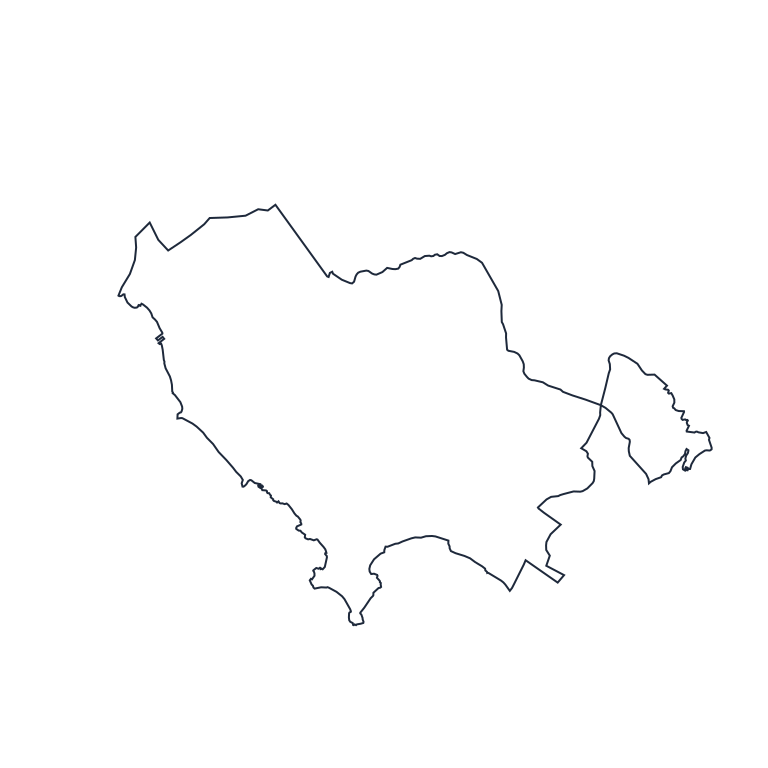 Cristo Rei, Dili, East Timor, rotated 224°
{"feature_id": "22284137B23086342577141", "entity_name": "Cristo Rei", "entity_type": "district", "adm_level": 2, "iso_a3": "TLS", "parent_name": "East Timor", "parent_adm1": "Dili", "projection": "orthographic", "projection_center": [125.629, -8.561], "detail": "fine", "context": "isolated", "style": "outline", "palette": "slate", "viewbox_px": 768, "rotation_deg": 224, "n_neighbors": 0, "source": "geoboundaries", "source_scale": "gbopen_adm2", "svg_char_len": 6167}
<svg xmlns="http://www.w3.org/2000/svg" viewBox="0 0 768 768"><g transform="rotate(224 384 384)"><path d="M213.3,519.4L228.1,512.8L240.5,506.7L249.8,502.7L253.2,502.6L264.8,496.9L270.9,495.6L278.3,491.2L280.5,489.4L283.7,488.3L286.2,488.4L290.2,488.9L292.6,490.0L294.8,493.0L297.2,495.3L300.0,496.7L306.6,498.7L309.1,498.7L312.7,497.5L317.6,494.3L319.3,494.2L328.5,502.2L331.3,505.2L339.9,509.7L342.3,510.4L350.2,518.0L354.3,522.7L366.4,530.2L397.7,539.3L404.1,538.4L413.9,534.4L418.1,533.5L420.2,532.2L423.1,526.9L426.8,525.6L428.5,524.4L429.6,521.8L429.9,519.2L431.2,516.3L432.9,514.7L435.8,514.3L437.2,512.3L437.4,510.4L438.8,508.6L440.5,507.8L443.5,504.4L444.9,499.2L447.3,497.1L449.2,496.2L450.0,494.3L450.1,492.3L455.1,481.2L454.1,479.1L453.9,476.9L455.6,474.5L457.8,472.6L462.4,469.7L462.9,463.4L465.4,457.4L467.1,456.1L469.2,455.2L473.7,454.5L475.5,453.3L479.0,448.4L479.9,446.1L479.8,443.8L479.1,441.5L476.6,436.8L476.8,434.2L478.5,433.0L486.8,429.7L497.3,427.9L499.2,428.8L500.1,426.3L498.2,422.5L499.6,421.9L586.6,437.5L588.1,428.1L595.9,422.3L600.5,408.9L612.2,395.2L624.7,382.3L624.3,374.1L626.5,357.0L628.8,344.6L632.0,330.1L646.5,330.9L664.7,337.4L665.0,317.1L657.1,310.0L649.3,300.1L643.2,286.6L639.8,271.5L636.4,263.1L635.5,263.3L634.6,264.1L634.1,265.0L633.8,267.4L632.9,268.2L630.8,266.5L625.1,264.4L619.4,264.4L617.6,264.9L616.2,265.7L614.9,267.3L614.7,269.5L615.3,269.9L615.3,270.4L613.8,271.0L614.3,271.5L613.9,272.4L614.2,273.3L612.6,273.8L607.5,274.3L603.8,274.0L600.4,273.1L596.8,271.2L593.6,271.3L590.5,271.0L584.2,268.3L579.1,266.9L578.4,266.3L579.6,258.5L576.9,258.3L576.0,264.1L573.5,263.8L574.5,256.8L573.1,256.9L572.3,258.2L570.6,257.4L567.0,254.9L559.0,248.3L557.5,247.6L556.3,246.2L552.0,243.6L543.3,240.7L539.7,238.7L536.0,236.1L531.1,231.5L529.8,231.2L529.6,230.6L526.7,230.8L517.9,229.5L513.5,227.5L511.8,226.0L510.5,223.5L510.4,222.4L511.0,221.5L511.4,218.8L508.6,215.6L506.3,218.6L505.2,219.4L494.3,222.5L489.2,223.2L480.3,223.4L474.0,222.3L465.3,222.1L455.7,220.2L444.6,219.8L434.5,218.9L429.3,218.1L422.8,218.0L418.9,216.9L417.4,213.7L414.5,211.9L413.7,212.6L413.4,214.5L413.4,216.4L414.2,219.8L413.7,221.9L412.5,222.6L408.2,223.0L403.3,226.1L402.2,225.6L401.3,226.2L400.7,225.7L400.0,226.2L399.7,226.0L399.8,225.3L400.5,224.7L402.9,225.1L404.0,224.5L404.0,223.6L402.9,222.9L400.8,223.3L399.8,223.8L397.8,223.1L394.9,225.5L393.7,225.6L393.2,225.0L392.0,224.6L390.7,225.7L389.3,225.2L387.8,225.2L386.8,223.8L383.6,224.1L382.9,223.4L382.0,223.4L379.4,224.6L378.6,224.5L378.4,226.3L376.4,225.8L375.2,226.4L374.3,227.5L372.0,228.6L371.0,230.4L368.7,230.6L363.3,229.9L358.5,228.7L355.5,228.4L353.9,228.8L349.9,228.3L348.9,227.7L348.3,226.6L346.7,226.2L345.9,225.5L347.7,221.1L347.1,219.3L346.4,218.8L343.5,219.3L342.2,220.4L340.0,220.1L336.0,220.8L334.5,218.7L333.3,218.5L330.7,219.5L329.6,221.1L325.9,222.8L324.6,225.5L323.8,225.9L319.9,225.2L314.3,224.8L311.4,224.3L309.4,223.3L308.1,222.5L308.7,221.6L308.3,220.8L305.6,220.5L304.6,219.6L299.5,211.3L299.4,208.1L300.3,207.8L300.9,206.9L301.7,207.6L302.4,207.4L302.7,205.7L304.9,204.6L305.4,201.0L305.2,200.5L304.0,200.3L302.5,199.5L300.8,197.8L300.1,193.4L301.2,193.1L301.0,191.2L296.8,189.5L295.0,189.5L293.4,188.6L291.8,188.6L288.0,194.1L284.0,197.6L283.5,198.6L282.1,199.2L273.8,201.5L266.7,202.2L263.0,201.8L251.9,198.5L249.9,197.5L249.6,196.9L250.1,195.8L249.9,194.9L247.1,191.7L244.9,189.9L243.1,189.5L240.5,190.3L238.7,189.2L238.2,189.5L238.1,190.7L236.6,191.1L236.5,192.3L234.2,195.4L232.9,197.7L233.5,198.7L235.9,199.9L236.9,200.8L240.1,202.4L241.7,202.5L242.2,203.1L242.8,209.4L244.8,220.7L244.7,223.8L244.9,224.6L246.6,226.5L246.2,233.4L245.2,234.9L245.1,236.0L247.4,237.7L248.0,238.6L249.3,238.6L249.9,239.3L251.1,239.5L254.5,239.7L255.4,241.5L256.3,241.9L259.4,240.6L261.2,238.4L264.0,239.1L266.1,240.8L268.0,244.0L269.4,251.0L268.6,259.6L266.9,263.1L268.4,264.8L269.9,268.1L268.4,269.4L264.9,276.9L263.0,279.2L261.3,283.6L257.1,292.0L255.0,295.3L250.6,299.2L248.1,303.6L243.9,308.0L241.1,310.1L228.9,316.1L226.8,313.8L224.1,312.8L222.6,311.4L219.8,310.3L215.0,312.0L206.7,316.2L201.0,318.4L194.7,319.2L186.8,321.0L183.0,321.4L181.6,320.3L179.4,320.4L178.5,319.8L178.3,320.3L177.3,320.7L163.3,323.9L160.3,324.2L157.4,324.0L149.8,322.6L150.2,326.2L151.5,330.5L158.0,351.2L159.7,355.6L121.1,361.8L121.7,371.6L141.0,366.0L145.5,375.7L152.0,377.3L155.3,380.5L157.4,383.2L159.8,391.7L159.2,405.6L179.6,402.5L186.3,401.8L187.5,402.1L186.9,413.9L185.4,418.9L180.8,424.4L180.1,426.5L178.3,429.7L173.0,438.4L168.0,442.9L166.7,444.9L165.2,450.1L165.1,457.6L165.6,459.8L167.0,461.9L172.1,467.7L177.1,469.7L180.2,472.7L186.3,472.7L187.5,473.4L188.9,475.5L191.7,476.2L197.5,474.8L197.5,482.4L205.2,508.3L206.8,511.8L208.7,513.6L213.3,519.4ZM213.3,519.4L208.1,520.7L200.6,521.3L198.5,521.1L179.1,513.6L174.4,513.1L172.3,513.3L170.0,514.5L168.5,514.4L167.0,513.2L163.5,507.9L161.2,505.7L157.3,503.1L133.0,501.4L127.6,499.3L124.4,496.6L124.2,498.9L122.5,504.3L119.9,509.5L120.5,511.3L119.9,513.3L117.2,517.8L117.4,520.3L119.0,524.2L118.9,529.6L117.8,535.4L118.9,537.9L118.5,539.9L118.9,542.8L120.5,545.1L121.2,547.4L119.0,547.8L118.3,546.9L117.4,545.3L116.9,542.4L115.4,539.7L113.7,538.6L113.5,536.1L111.5,531.8L109.7,530.3L107.5,530.8L108.8,532.8L109.1,533.9L107.5,534.6L106.6,532.1L105.7,532.8L106.2,534.1L104.8,535.5L107.1,539.8L109.0,547.4L108.4,552.7L106.9,559.1L105.9,560.4L103.7,562.2L103.2,563.0L103.0,564.6L104.1,565.8L111.5,569.6L112.4,571.3L118.9,573.3L120.4,570.3L124.2,567.7L125.9,567.1L126.7,566.0L126.9,564.8L133.2,560.1L133.9,560.6L135.6,565.8L137.1,565.4L139.2,566.4L139.8,567.2L140.0,568.7L140.8,568.9L141.9,567.8L142.8,567.7L144.3,565.6L145.6,565.6L146.6,566.2L148.7,572.3L149.3,572.8L153.2,569.3L154.6,568.6L156.1,567.9L158.5,568.1L159.5,567.7L160.9,568.5L162.2,572.3L164.5,574.6L168.3,576.2L171.0,577.0L172.4,575.0L173.5,575.0L174.6,577.1L175.6,577.2L177.9,575.5L179.2,575.1L179.3,579.4L195.9,578.7L200.9,573.6L202.8,572.7L207.9,572.9L215.7,574.6L226.3,572.6L231.0,571.1L237.9,567.8L239.6,565.9L240.3,563.9L240.6,561.0L240.1,558.8L238.8,557.0L235.4,555.2L231.5,551.6L229.8,547.9L222.0,534.8L213.3,519.4Z" fill="none" stroke="#1e293b" stroke-width="2"/></g></svg>